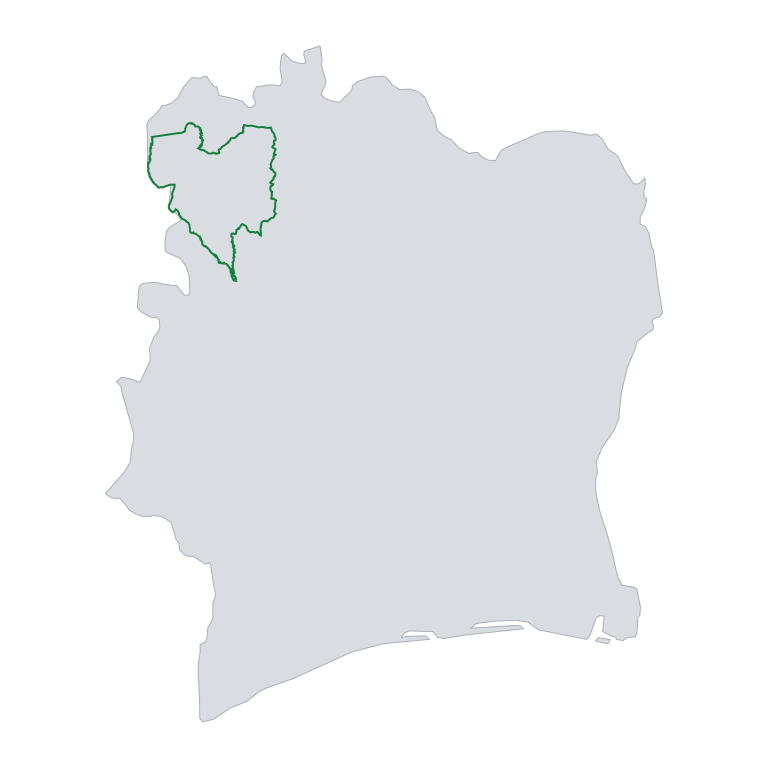 Kabadougou, Denguélé, Ivory Coast shown in context
{"feature_id": "98640826B2974603948771", "entity_name": "Kabadougou", "entity_type": "district", "adm_level": 2, "iso_a3": "CIV", "parent_name": "Ivory Coast", "parent_adm1": "Denguélé", "projection": "natural_earth1", "projection_center": [-7.327, 9.255], "detail": "fine", "context": "in_parent", "style": "outline", "palette": "green", "viewbox_px": 768, "rotation_deg": 0, "n_neighbors": 0, "source": "geoboundaries", "source_scale": "gbopen_adm2", "svg_char_len": 9663}
<svg xmlns="http://www.w3.org/2000/svg" viewBox="0 0 768 768"><path d="M161.7,105.7L164.4,105.6L171.4,103.2L177.8,97.8L183.8,86.6L191.8,77.6L200.8,78.2L203.5,76.6L206.6,76.2L210.4,82.2L214.2,86.7L216.9,86.8L218.9,95.4L235.4,99.0L242.5,101.3L248.4,107.6L250.5,107.7L253.0,106.4L254.9,104.2L255.3,101.8L252.8,96.2L253.9,91.1L256.6,86.6L260.8,86.3L267.2,85.0L274.5,85.0L280.0,85.8L282.2,81.3L280.1,68.6L280.6,61.6L281.5,55.7L283.5,53.3L291.7,60.7L299.2,63.4L304.5,63.6L306.0,62.2L303.7,54.1L304.3,51.6L306.3,50.2L309.8,49.4L319.3,46.1L320.3,46.7L322.1,59.5L321.3,63.7L323.3,72.4L325.8,80.4L325.6,83.7L323.6,88.7L321.2,93.3L321.5,95.2L325.2,98.3L332.5,101.5L340.0,102.2L344.2,97.5L348.6,93.7L351.6,90.3L352.6,85.3L357.4,81.6L371.0,76.9L383.6,76.2L386.6,77.7L392.3,84.8L399.5,89.6L410.4,89.0L418.4,91.9L425.2,97.3L429.9,109.3L434.9,118.0L437.2,130.3L445.1,136.8L451.4,139.8L459.8,148.7L468.6,153.3L477.6,152.3L481.9,157.0L488.6,160.3L495.4,160.5L501.3,150.2L509.1,146.1L528.9,137.8L536.8,134.1L544.7,131.7L563.8,130.9L581.6,133.5L590.4,135.4L596.4,134.0L602.2,138.9L608.1,149.2L613.0,152.5L617.9,156.1L621.6,164.2L626.0,172.3L628.3,175.9L633.7,183.8L638.3,184.0L642.7,180.5L644.7,177.9L645.6,183.2L643.8,191.7L644.2,197.0L646.7,199.0L645.4,205.8L640.2,217.4L640.2,224.2L645.4,226.4L649.1,233.6L651.4,246.0L653.6,250.2L653.9,252.7L657.7,282.8L662.5,312.9L659.5,316.9L655.5,318.0L652.8,319.4L652.1,322.2L653.8,326.4L652.7,330.1L647.7,332.7L636.6,342.3L635.9,346.1L633.0,354.3L630.6,359.3L627.0,368.5L621.3,392.9L619.2,413.2L618.9,419.4L616.7,423.8L614.2,430.0L602.3,447.4L596.2,461.6L597.0,467.7L597.3,473.9L595.5,478.4L595.8,490.4L597.3,500.4L599.5,510.2L608.3,538.1L612.8,555.0L615.7,568.6L618.1,577.8L620.5,581.5L621.5,585.0L634.4,587.5L636.9,589.5L640.5,607.3L639.8,615.3L637.3,618.4L637.4,625.2L636.8,633.6L635.0,636.9L627.7,637.4L622.8,640.6L616.4,639.3L615.7,637.2L612.2,636.4L602.7,631.6L604.2,616.2L599.8,615.6L596.3,617.6L589.6,636.1L586.3,639.3L538.4,629.8L528.0,622.1L515.6,620.3L493.9,621.2L476.0,623.5L470.9,628.2L516.1,625.4L520.9,626.0L523.2,628.8L466.1,634.9L444.3,638.5L437.9,637.5L433.0,631.6L409.3,630.9L404.4,632.8L401.5,637.2L410.8,636.2L425.5,636.0L429.5,639.3L383.5,643.7L351.5,652.0L338.0,658.2L293.5,678.4L266.3,688.0L259.2,691.5L246.9,701.4L231.0,707.6L213.2,719.3L202.3,721.9L199.8,718.2L199.6,698.5L198.1,672.1L198.6,662.0L200.1,652.5L200.1,644.6L205.5,641.7L206.9,638.3L207.8,628.1L212.8,618.8L212.9,602.5L214.4,599.1L215.6,594.8L213.4,584.1L210.6,564.0L209.2,562.7L208.0,563.5L205.1,563.9L194.0,556.9L185.3,555.7L179.3,549.8L178.9,543.0L175.9,539.1L173.9,531.2L170.9,522.3L162.4,516.8L154.4,515.5L148.7,516.7L142.1,516.3L134.4,513.3L129.2,509.9L124.2,503.3L119.6,498.1L115.9,498.8L111.4,497.5L107.0,495.1L105.5,493.3L124.0,472.4L130.3,462.2L131.0,455.9L131.1,449.6L133.1,443.1L133.6,433.3L123.4,397.5L120.8,386.4L118.1,383.1L116.3,381.9L121.5,377.3L128.6,378.5L139.6,382.1L141.9,378.5L150.2,360.5L150.0,353.7L149.2,349.1L154.0,336.7L157.9,331.9L159.9,326.8L159.2,319.7L156.3,317.1L152.5,317.6L147.9,315.8L140.9,311.8L137.4,308.2L138.5,291.8L139.2,286.8L141.6,283.8L145.5,283.0L156.3,282.5L165.1,284.4L172.8,285.5L176.9,285.5L180.2,290.3L184.6,295.3L188.5,295.2L189.9,291.6L189.0,275.4L186.4,266.9L180.5,258.7L165.3,251.6L164.9,241.8L166.5,231.2L169.7,227.2L181.1,220.4L179.1,216.8L175.5,212.9L168.3,209.0L170.0,196.3L170.3,184.9L164.2,186.2L158.0,186.8L152.7,183.3L148.3,176.4L147.5,157.4L147.6,135.5L146.7,125.8L148.4,120.6L153.8,115.8L159.6,109.6L161.7,105.7ZM610.2,639.6L607.7,643.8L595.6,641.1L598.4,637.6L610.2,639.6Z" fill="#d9dde1" stroke="#a8b0b8" stroke-width="1"/><path d="M235.7,280.8L235.2,279.9L235.9,279.3L235.8,278.8L235.1,278.3L235.6,277.5L234.6,276.2L233.6,275.5L233.2,274.3L234.0,273.2L234.1,272.5L233.9,272.1L233.3,272.3L233.2,272.6L233.4,272.9L232.4,272.0L233.3,272.0L233.7,271.8L233.3,269.0L232.4,269.0L232.3,269.5L232.0,269.0L232.6,268.3L232.6,267.6L233.1,266.7L232.9,266.1L232.4,265.7L233.0,264.1L232.5,262.3L233.1,262.0L233.8,260.1L233.4,257.5L233.5,257.3L233.9,257.4L234.0,257.0L234.5,256.7L233.7,255.2L233.6,254.0L234.7,253.1L235.2,252.3L235.0,252.1L234.2,252.1L233.6,251.3L233.8,250.6L234.7,249.6L234.0,249.3L233.7,248.0L232.9,247.6L233.1,247.2L234.1,246.7L234.3,246.1L234.3,245.6L234.0,245.3L233.0,245.5L232.8,244.4L232.9,242.9L231.9,242.5L231.6,242.0L232.1,241.3L232.3,241.8L232.6,241.9L232.7,240.9L232.2,240.1L232.8,237.6L232.5,237.2L231.6,236.8L231.3,236.1L231.3,235.0L231.6,233.9L232.2,233.5L232.7,233.8L233.7,233.6L234.9,234.0L235.9,233.9L236.1,233.5L236.1,232.3L236.6,229.8L237.5,229.5L238.1,228.6L238.4,229.2L238.7,229.1L241.1,225.2L242.1,224.1L242.9,224.3L245.6,225.9L247.1,228.2L247.7,230.0L248.5,231.0L250.4,232.4L253.4,231.8L254.4,232.2L254.8,232.7L255.6,232.7L257.2,231.8L259.1,233.8L259.6,234.9L261.0,235.5L260.8,232.1L260.5,230.4L260.6,228.4L260.9,227.8L260.7,227.1L260.9,226.3L261.4,225.6L261.2,225.0L261.3,223.9L261.7,222.6L262.2,221.8L263.8,220.9L265.8,220.9L267.0,221.5L267.6,221.3L268.9,219.8L269.8,219.5L270.3,218.8L271.7,217.9L272.9,217.8L273.5,217.4L274.3,216.6L274.3,215.5L275.8,213.6L274.0,211.4L274.2,210.1L274.8,209.4L274.8,208.5L275.1,207.4L275.3,202.6L276.1,200.6L275.6,200.2L275.5,199.9L274.7,199.6L273.8,198.6L272.0,199.1L271.2,198.4L271.6,197.8L271.6,196.1L272.0,195.1L271.6,194.0L272.1,191.9L271.8,191.6L271.2,191.5L271.1,190.7L270.5,190.3L270.3,189.3L270.3,187.2L270.8,186.0L271.1,185.7L272.0,185.8L273.3,184.2L270.3,182.8L271.8,180.8L273.5,179.4L273.6,178.6L273.4,178.1L273.4,177.7L274.0,177.2L274.2,176.4L275.1,176.2L275.5,173.3L273.8,171.9L272.4,169.5L271.3,169.6L271.2,169.0L270.3,168.3L270.4,167.9L271.1,167.2L271.0,165.7L270.6,164.9L271.6,161.7L272.6,159.6L273.2,159.2L273.7,158.2L273.4,157.3L273.5,156.3L273.9,155.9L275.1,155.4L275.0,155.0L275.4,154.6L273.8,153.9L273.8,153.7L275.6,149.3L275.2,148.8L272.7,147.6L272.3,147.1L272.4,146.5L273.1,145.6L274.4,144.6L274.3,143.6L273.9,143.0L273.9,140.9L274.3,140.6L275.2,140.5L275.5,140.2L275.6,138.3L275.2,137.0L274.5,136.6L274.6,135.2L273.7,133.2L271.9,131.0L271.0,127.8L270.9,127.6L267.3,127.9L262.5,127.0L258.1,127.3L252.7,125.8L250.1,125.7L248.4,126.0L244.2,125.1L244.0,126.5L243.4,126.8L243.1,127.4L243.2,128.1L243.5,128.6L243.1,129.4L243.0,130.8L243.4,131.2L243.4,131.7L243.0,132.1L242.8,132.7L242.0,132.7L241.7,133.1L241.1,132.9L239.6,133.5L237.6,135.0L237.4,135.9L236.2,136.5L235.9,137.0L234.5,138.1L231.8,138.0L230.9,138.5L230.0,140.4L228.7,141.3L228.7,142.1L228.3,142.7L227.7,142.7L226.0,144.3L222.1,146.8L220.4,149.1L219.0,149.5L218.7,150.8L219.0,152.5L219.3,152.7L219.2,153.1L217.4,153.4L216.7,153.8L216.0,153.7L215.2,153.2L214.5,153.3L213.6,152.8L212.9,152.8L211.4,153.6L209.0,153.4L207.5,152.9L206.7,152.1L204.6,150.9L204.2,150.4L202.5,149.8L201.7,150.0L200.0,149.4L198.3,148.3L199.9,147.4L200.0,147.2L199.7,147.0L199.9,146.8L199.9,146.4L200.5,146.6L200.6,146.0L200.9,146.5L201.4,146.3L201.5,145.5L201.9,145.0L201.6,144.1L202.0,143.7L201.9,143.0L202.6,141.7L202.3,141.0L203.1,140.5L203.0,140.0L202.1,139.8L202.1,139.1L201.6,138.3L201.9,138.0L201.6,137.8L201.1,138.2L200.6,138.2L200.1,137.2L200.7,136.4L200.5,136.2L200.1,136.3L200.8,136.0L201.0,135.3L201.5,135.2L200.9,134.6L201.0,134.2L200.6,133.9L201.1,133.7L201.2,133.1L201.4,133.6L201.9,133.3L201.4,132.6L200.6,132.6L200.8,131.5L200.4,130.9L201.1,130.3L201.1,129.8L200.5,129.6L199.6,130.3L200.0,129.4L200.4,129.1L199.8,128.6L200.0,128.1L199.3,127.8L199.0,127.0L197.2,126.4L195.1,126.4L194.6,124.8L193.1,124.1L191.9,123.0L190.9,123.2L190.7,123.7L189.2,123.1L188.4,123.3L187.5,124.1L186.9,124.9L185.1,128.7L185.2,130.5L184.4,131.7L183.5,131.8L182.6,132.6L174.8,133.6L152.0,137.0L152.5,138.1L152.1,138.9L152.4,139.7L152.1,140.2L152.5,141.1L152.5,143.4L152.3,143.8L151.7,143.2L151.1,143.6L151.2,144.4L152.0,145.0L150.8,145.8L151.2,148.1L150.9,148.4L150.2,148.3L150.2,148.6L150.6,149.5L150.6,150.1L150.3,150.3L150.2,150.8L150.5,152.9L151.0,153.8L149.5,156.2L149.9,156.6L149.6,157.4L150.2,158.3L149.6,158.8L150.3,159.1L150.4,160.0L149.8,160.7L149.7,161.7L149.0,162.3L148.0,162.7L148.0,163.1L148.6,163.9L148.2,164.7L147.8,166.6L148.7,168.4L148.1,170.1L148.2,171.4L148.7,172.3L148.6,172.9L149.6,173.8L149.4,174.7L149.6,175.5L151.9,180.2L152.4,180.5L153.1,182.1L153.7,182.4L154.3,183.5L157.6,186.4L158.2,187.5L158.7,187.4L159.0,187.7L160.9,187.1L162.2,187.4L164.2,187.1L165.7,186.0L166.4,186.1L169.7,184.7L174.6,184.7L174.4,187.5L173.9,189.2L173.3,190.2L173.1,191.3L172.1,193.2L172.1,194.3L172.5,195.3L172.2,196.5L172.5,197.8L171.6,198.9L171.2,200.5L168.7,206.1L168.9,207.6L169.6,209.4L172.1,212.0L172.8,212.3L173.5,212.1L174.5,211.2L175.8,209.3L177.9,211.0L178.4,212.3L179.2,213.4L179.0,214.0L179.2,215.0L180.8,216.9L181.2,217.9L182.2,218.8L185.2,220.2L186.4,221.6L187.3,222.0L188.7,223.3L189.5,224.9L189.4,226.2L190.0,228.4L189.9,231.1L190.5,232.5L192.1,233.1L193.4,232.4L193.8,233.3L196.2,234.0L198.9,236.4L199.5,236.4L200.0,236.6L200.1,238.0L200.8,238.3L201.2,238.8L201.1,239.2L200.6,239.7L202.3,241.6L202.1,242.9L202.6,244.7L203.3,245.0L203.6,245.7L205.4,246.6L205.6,246.2L206.1,246.6L209.3,249.9L210.9,252.4L213.1,254.1L213.7,254.8L214.0,254.4L215.8,255.0L216.0,255.4L215.2,256.1L215.5,256.8L215.9,256.5L216.7,256.5L216.9,257.3L217.3,257.5L217.4,258.2L218.8,259.9L218.3,260.7L218.9,261.7L218.5,261.8L218.7,262.6L219.2,263.0L220.0,263.0L220.3,262.4L220.6,262.2L221.0,263.2L222.4,263.2L222.7,263.5L223.2,263.2L223.6,263.3L223.9,262.8L225.0,263.5L226.5,264.0L227.0,264.7L227.5,265.0L228.0,265.9L228.8,266.6L229.3,267.9L230.3,268.6L230.4,269.5L230.9,269.9L230.5,270.6L230.6,272.1L231.0,272.4L231.3,273.6L232.1,274.3L232.1,275.4L231.5,275.9L231.5,276.2L232.5,277.0L232.6,278.3L233.0,279.3L233.9,280.5L235.7,280.8Z" fill="none" stroke="#15803d" stroke-width="2"/></svg>